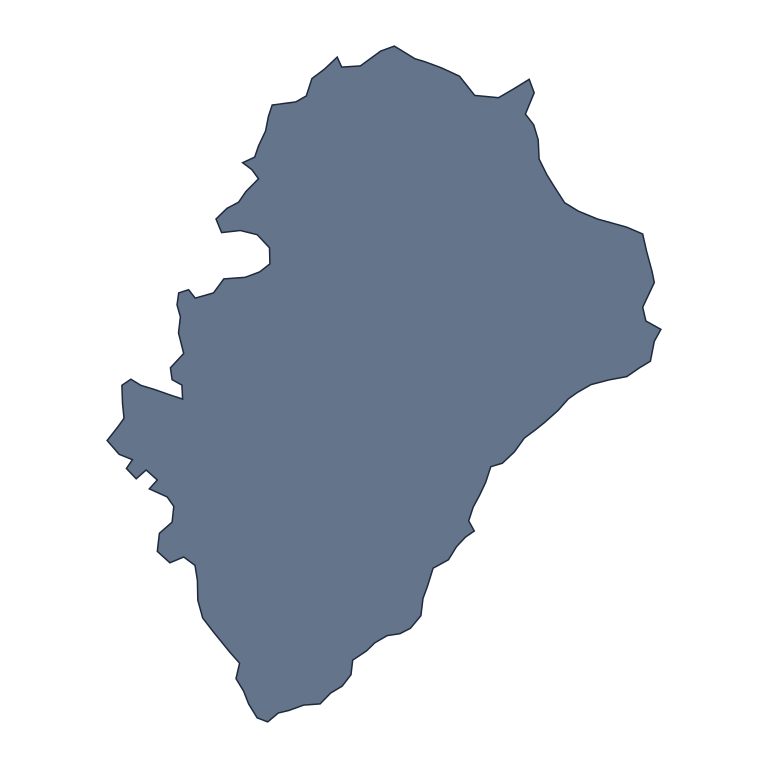 Capela do Alto, São Paulo, Brazil
{"feature_id": "56859067B13342023452969", "entity_name": "Capela do Alto", "entity_type": "district", "adm_level": 2, "iso_a3": "BRA", "parent_name": "Brazil", "parent_adm1": "São Paulo", "projection": "mercator", "projection_center": [-47.738, -23.473], "detail": "fine", "context": "isolated", "style": "filled", "palette": "slate", "viewbox_px": 768, "rotation_deg": 0, "n_neighbors": 0, "source": "geoboundaries", "source_scale": "gbopen_adm2", "svg_char_len": 1854}
<svg xmlns="http://www.w3.org/2000/svg" viewBox="0 0 768 768"><path d="M202.7,618.0L213.3,631.8L230.0,652.4L239.6,663.2L236.0,678.6L243.7,691.3L248.6,703.9L257.2,717.9L267.7,721.9L278.3,713.0L288.8,710.5L303.6,705.1L320.1,703.9L330.6,693.1L342.2,686.1L351.0,674.7L352.7,660.1L366.4,651.0L374.8,642.8L387.2,635.6L399.9,633.7L410.4,628.3L420.9,615.7L423.0,598.4L427.5,586.2L433.1,568.2L448.4,559.8L456.5,546.7L465.5,537.1L474.3,531.0L468.7,520.9L473.2,507.1L479.7,495.0L485.7,482.3L490.8,466.7L502.4,463.2L514.4,451.9L524.3,438.1L536.5,429.0L544.9,422.2L558.0,410.5L568.3,398.9L577.3,392.5L591.0,384.6L609.0,379.9L626.8,376.6L639.5,367.8L650.4,361.2L654.3,341.3L660.9,329.4L645.9,321.0L642.7,307.2L654.3,282.6L652.1,271.6L646.6,251.3L642.7,234.0L626.8,227.2L612.9,223.3L597.4,219.0L578.3,211.1L564.6,202.7L554.7,187.3L546.8,174.6L539.1,159.0L538.2,139.8L533.7,124.8L525.4,114.1L534.2,92.8L529.2,79.3L510.6,90.7L498.5,97.7L474.7,95.4L459.5,76.2L441.3,67.8L424.8,61.7L414.9,58.7L394.3,46.1L380.8,51.0L372.4,57.1L360.4,65.9L341.7,67.1L337.2,57.1L324.6,69.0L311.9,78.6L306.3,95.9L295.8,101.9L272.2,105.0L268.4,116.4L265.6,130.9L258.5,145.9L254.7,157.1L242.6,162.7L251.9,169.7L258.5,178.8L245.9,191.5L238.6,202.2L227.0,208.3L216.0,219.0L221.6,232.6L240.3,230.5L257.2,234.7L269.5,247.8L269.9,263.9L259.6,271.9L245.2,277.3L223.8,278.9L213.5,292.9L195.2,298.1L188.6,289.7L178.7,292.9L177.0,304.9L180.4,316.8L178.5,332.9L183.7,353.5L170.4,367.8L172.1,379.7L181.9,385.1L182.6,399.1L169.9,394.9L156.0,390.0L140.8,385.3L130.9,379.2L121.9,385.3L122.5,403.1L124.0,418.3L117.6,427.2L107.1,440.5L119.1,454.3L132.4,459.7L126.4,468.5L136.2,478.8L146.1,470.0L157.3,480.0L149.3,488.9L167.1,496.9L173.8,506.4L172.1,522.1L159.4,533.3L157.3,551.4L169.9,562.8L183.7,557.0L195.0,565.4L197.4,580.4L197.8,600.2L202.7,618.0Z" fill="#64748b" stroke="#1e293b" stroke-width="1.5"/></svg>